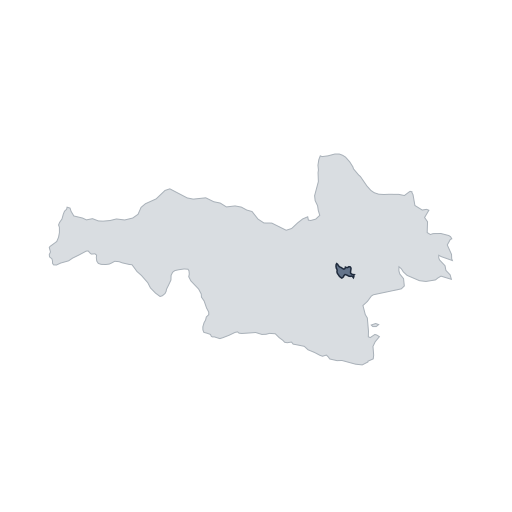 Unsan, P'yŏngan-namdo, North Korea (highlighted), rotated 233°
{"feature_id": "82179303B62623868631396", "entity_name": "Unsan", "entity_type": "district", "adm_level": 2, "iso_a3": "PRK", "parent_name": "North Korea", "parent_adm1": "P'yŏngan-namdo", "projection": "mercator", "projection_center": [126.152, 39.43], "detail": "fine", "context": "in_parent", "style": "filled", "palette": "slate", "viewbox_px": 512, "rotation_deg": 233, "n_neighbors": 0, "source": "geoboundaries", "source_scale": "gbopen_adm2", "svg_char_len": 4159}
<svg xmlns="http://www.w3.org/2000/svg" viewBox="0 0 512 512"><g transform="rotate(233 256 256)"><path d="M297.3,367.6L295.6,368.6L292.7,373.7L290.0,380.3L287.3,383.9L284.3,385.8L281.1,387.0L274.7,387.5L268.8,387.0L267.0,386.3L259.0,386.7L256.7,387.2L245.2,386.7L239.2,387.2L235.4,388.5L231.5,391.2L228.2,395.1L225.2,399.4L219.2,407.2L215.0,410.9L215.0,416.4L214.9,418.0L213.4,419.2L212.9,418.7L210.5,418.3L200.7,413.3L192.7,416.4L190.6,420.3L188.5,421.6L185.3,413.8L180.1,413.6L171.7,406.8L168.2,408.2L167.3,410.9L162.7,417.2L156.3,422.3L154.3,423.0L151.9,422.7L152.3,421.2L149.7,415.4L139.6,413.1L136.0,410.6L134.2,410.1L144.0,403.6L146.6,402.4L144.7,400.9L142.5,400.2L134.5,401.1L130.2,399.0L124.1,399.7L119.8,398.0L128.6,391.6L129.0,387.8L128.9,384.9L133.4,376.4L137.9,371.7L149.6,365.0L154.7,364.1L158.4,364.4L161.4,363.7L158.2,361.2L155.1,360.0L149.1,360.2L142.8,356.4L142.3,352.3L154.4,326.4L154.6,324.0L152.7,317.7L152.1,311.6L143.4,308.0L139.5,307.6L128.3,300.6L123.9,297.1L122.1,298.1L121.8,303.7L120.2,304.9L117.3,306.0L115.8,299.6L113.4,295.0L106.0,290.3L103.3,287.7L104.6,282.1L104.0,281.6L105.1,275.3L109.7,270.4L120.8,261.8L123.7,257.7L129.4,252.9L131.9,253.0L134.5,252.6L135.3,250.5L135.9,248.8L138.2,247.3L143.7,244.7L149.8,241.1L154.8,240.2L160.8,234.9L163.3,232.6L165.8,232.6L166.5,231.5L167.9,228.8L169.8,227.0L172.5,226.7L176.8,225.4L182.3,224.6L186.1,220.2L187.4,217.0L189.8,213.5L195.1,209.7L198.7,204.1L202.7,198.0L204.6,196.0L206.5,195.6L207.6,193.3L208.9,186.8L210.7,180.4L211.8,177.4L216.4,174.1L217.6,172.5L218.7,172.0L220.8,172.4L223.7,170.5L226.4,168.4L228.9,169.1L231.4,170.9L234.0,174.4L235.2,177.2L237.2,179.6L237.6,183.0L239.7,184.5L244.1,185.2L251.3,187.5L256.0,187.7L258.6,189.4L264.2,190.3L275.3,189.0L279.9,189.8L281.8,191.9L284.6,193.6L286.4,193.7L288.9,190.8L291.5,186.1L293.2,182.4L293.2,179.6L291.6,176.5L288.0,173.6L285.6,169.1L283.3,164.5L281.9,163.0L280.8,160.8L280.6,157.3L281.4,155.0L286.9,153.4L294.1,152.5L299.8,153.5L309.4,152.8L315.3,151.6L319.7,151.7L323.7,151.7L325.5,149.7L331.1,145.0L333.8,143.3L336.8,140.0L337.3,136.6L337.9,133.9L339.6,130.9L342.5,127.3L345.0,125.6L347.8,125.8L350.8,127.5L352.6,129.2L354.7,128.7L356.5,125.8L357.6,125.3L361.0,125.0L362.1,123.3L363.4,114.9L364.7,108.2L364.9,103.5L367.9,95.8L368.9,91.2L370.7,89.0L372.7,89.1L374.5,90.5L376.6,91.3L379.6,90.6L381.6,91.8L382.9,94.3L387.2,96.0L387.6,97.2L387.5,105.6L389.8,109.6L393.0,113.1L397.3,116.3L399.6,117.0L401.0,119.3L402.3,123.3L405.3,127.2L407.0,130.0L407.3,132.9L408.7,134.5L406.2,136.3L403.0,135.2L397.6,134.6L390.7,140.3L386.9,142.3L384.2,147.9L378.9,151.2L375.9,154.8L372.1,160.9L369.6,166.8L363.8,172.8L360.5,180.4L360.3,186.9L364.0,193.5L364.3,199.1L361.7,210.6L363.1,222.8L361.5,227.6L343.8,236.0L339.2,240.1L332.7,250.9L324.8,254.9L319.8,259.3L313.0,261.9L308.6,269.4L303.9,273.7L298.2,276.3L293.9,279.6L284.3,279.8L277.6,282.2L272.8,288.4L258.4,295.6L256.5,301.0L257.4,309.3L257.5,315.6L256.2,320.9L253.1,319.4L251.4,321.1L249.5,325.9L250.1,331.4L255.0,333.2L259.0,335.4L264.7,336.6L268.9,339.1L277.9,350.6L285.2,355.7L287.1,357.6L291.2,360.1L295.1,364.1L297.3,367.6ZM130.1,310.9L127.4,312.7L127.3,309.5L129.4,306.8L131.5,306.5L130.1,310.9Z" fill="#d9dde1" stroke="#a8b0b8" stroke-width="1"/><path d="M186.8,311.1L186.7,311.4L186.7,312.3L186.7,312.8L186.8,313.5L187.3,314.1L187.6,315.3L187.6,316.0L186.9,316.5L186.2,317.0L185.2,317.5L184.4,317.8L183.8,318.2L183.5,318.5L182.8,319.3L182.4,320.3L181.4,320.7L180.6,320.7L180.0,320.7L180.5,321.5L181.2,322.3L182.2,322.8L182.2,323.0L183.1,322.0L184.1,321.5L185.2,321.2L185.8,321.5L186.7,322.2L187.5,323.0L188.0,323.5L188.6,324.2L189.2,324.5L189.7,324.7L190.6,324.7L191.6,323.7L191.6,322.7L191.9,321.7L192.2,321.5L192.7,321.0L193.3,320.7L192.7,320.0L192.4,319.2L192.7,318.2L193.5,317.8L194.3,317.5L195.1,317.2L195.7,317.0L196.8,316.3L198.6,316.0L200.1,316.2L201.1,316.0L201.4,315.9L201.1,315.2L200.9,314.8L200.5,314.5L199.8,313.8L198.9,313.3L198.0,312.8L197.0,312.7L196.4,312.5L195.6,312.1L195.1,311.5L194.4,311.0L193.4,310.6L192.8,310.5L191.7,310.5L190.1,310.4L189.3,310.4L188.6,310.6L187.6,310.9L186.8,311.1Z" fill="#64748b" stroke="#1e293b" stroke-width="1.5"/></g></svg>